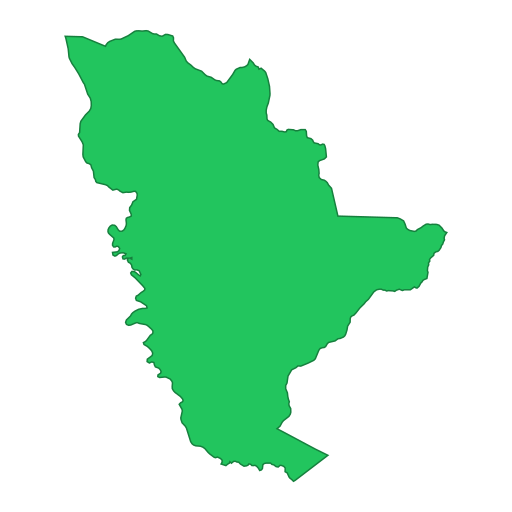 Sinop, Mato Grosso, Brazil
{"feature_id": "56859067B61328210802035", "entity_name": "Sinop", "entity_type": "district", "adm_level": 2, "iso_a3": "BRA", "parent_name": "Brazil", "parent_adm1": "Mato Grosso", "projection": "orthographic", "projection_center": [-55.512, -11.743], "detail": "fine", "context": "isolated", "style": "filled", "palette": "green", "viewbox_px": 512, "rotation_deg": 0, "n_neighbors": 0, "source": "geoboundaries", "source_scale": "gbopen_adm2", "svg_char_len": 6019}
<svg xmlns="http://www.w3.org/2000/svg" viewBox="0 0 512 512"><path d="M249.7,59.4L247.9,64.5L246.6,65.7L244.6,66.9L242.0,67.5L240.1,67.5L236.3,69.2L235.1,70.3L232.6,74.6L226.7,82.6L223.5,84.1L222.1,83.7L220.8,81.9L219.5,80.9L216.5,80.5L214.9,79.9L211.2,77.3L207.0,76.1L205.1,74.7L201.6,71.2L195.3,68.8L193.3,67.4L190.9,65.1L187.8,62.8L186.2,61.0L184.6,57.2L174.5,43.1L173.4,41.0L173.5,37.8L172.7,36.0L167.8,34.5L165.5,34.4L162.1,36.3L159.3,35.7L156.5,34.0L154.2,34.0L152.5,33.6L148.1,31.0L146.1,30.7L142.2,31.1L138.8,30.8L136.3,30.9L134.7,31.3L128.2,35.7L121.2,39.0L119.6,39.3L115.3,39.2L109.7,41.4L107.8,42.7L106.1,44.8L105.5,46.3L82.6,36.8L65.2,36.3L65.8,38.0L68.2,48.8L69.0,56.9L69.4,58.3L72.1,63.7L74.8,67.5L78.7,73.8L83.3,82.6L84.4,84.1L87.7,94.1L90.3,98.2L91.2,101.6L91.3,105.6L90.8,108.5L89.3,111.1L85.5,114.9L80.9,121.2L80.2,123.6L79.6,132.6L78.4,134.4L78.5,136.1L82.1,141.8L83.3,144.8L82.9,154.4L83.2,156.9L85.7,161.7L86.9,163.0L89.3,163.7L90.9,164.9L91.6,167.7L93.4,171.1L94.1,177.6L95.4,179.6L95.8,181.4L96.8,182.6L105.5,184.7L107.5,185.6L108.8,187.0L112.8,190.1L116.7,189.1L118.6,189.9L119.9,191.1L122.9,192.7L126.5,192.1L128.4,192.3L130.9,192.1L133.9,191.3L135.5,191.3L137.1,193.5L137.2,195.4L136.5,199.3L133.0,201.7L131.6,205.1L129.7,207.6L129.5,210.4L131.2,214.2L131.3,216.0L129.5,217.0L127.5,217.5L126.3,218.3L126.0,219.8L126.4,223.3L126.2,225.4L125.0,228.2L123.9,229.9L122.1,231.2L119.6,231.2L118.1,229.7L116.3,226.7L114.7,225.3L112.2,225.0L110.3,226.1L108.9,227.9L108.1,229.7L108.0,231.6L108.4,232.9L109.6,234.3L113.8,238.0L114.0,239.6L112.6,243.4L112.5,245.2L113.6,246.9L115.1,247.0L116.7,246.2L118.3,246.5L119.7,248.4L119.0,250.5L117.5,251.8L112.5,252.4L113.0,255.1L114.9,256.1L116.5,255.5L117.9,254.2L119.5,253.2L121.1,252.9L123.3,252.8L126.0,253.8L125.2,255.3L123.3,255.6L122.4,256.9L123.0,258.9L124.6,259.1L126.4,258.1L128.4,258.2L127.3,259.8L128.4,262.2L130.4,263.3L131.6,265.1L132.0,267.4L133.1,269.0L134.8,270.0L136.8,269.8L139.2,270.8L140.9,274.5L140.2,275.9L138.3,274.7L135.5,272.3L134.2,271.6L131.9,271.4L130.7,273.0L131.4,274.8L135.3,278.0L142.6,285.6L144.9,288.4L144.7,289.9L143.3,291.2L141.2,292.5L138.1,295.2L136.3,296.1L135.6,298.2L136.4,300.4L140.6,301.8L146.5,305.7L147.1,307.9L145.5,308.4L142.6,308.4L138.6,309.3L135.0,311.1L132.8,312.7L131.5,314.1L130.5,316.0L126.4,320.0L125.6,322.4L126.5,324.4L128.6,325.3L130.8,325.0L136.2,322.7L137.7,322.7L139.2,323.4L145.7,324.6L147.0,325.2L148.4,326.3L151.4,329.0L152.9,330.8L152.9,333.0L151.8,334.4L150.4,335.2L146.9,340.0L145.5,341.5L143.4,342.6L144.0,344.5L147.3,346.4L149.5,348.4L151.7,350.8L152.7,353.1L152.2,355.5L147.3,359.2L147.1,361.6L149.4,363.0L151.7,361.9L153.9,362.5L154.4,364.9L155.4,366.9L158.7,368.1L160.2,369.6L161.1,371.7L160.6,373.2L158.0,374.9L157.8,376.6L159.6,377.5L164.6,377.0L166.1,377.1L170.1,379.0L171.9,381.2L172.5,382.8L172.2,386.4L172.3,388.7L173.6,390.9L175.1,392.5L180.2,396.3L182.4,398.7L183.1,400.3L182.6,401.7L180.6,402.8L179.2,404.3L182.1,409.5L182.3,411.1L180.8,417.9L181.0,419.5L182.1,422.8L185.3,426.2L186.4,428.0L190.7,441.7L192.1,443.8L193.6,445.0L195.7,445.8L200.4,446.2L202.8,447.1L204.9,448.6L208.2,452.5L209.8,454.0L214.2,457.3L215.6,457.7L217.4,457.0L220.5,458.5L222.1,460.2L222.1,462.2L221.1,464.0L225.9,465.6L227.6,464.2L229.4,463.1L229.9,461.7L231.4,463.2L233.8,461.3L235.5,461.3L236.8,462.0L238.7,462.2L240.4,464.0L244.0,466.2L246.6,465.8L248.1,465.1L248.9,463.9L250.7,464.3L251.8,465.5L253.5,465.6L254.9,465.3L256.6,466.2L258.4,468.2L259.7,470.5L261.4,469.9L262.4,468.6L262.9,464.6L264.3,463.5L266.1,463.1L270.6,463.1L271.9,464.4L273.7,464.8L276.1,466.6L278.2,467.0L280.1,465.3L281.7,465.5L283.8,466.4L285.2,468.0L285.1,471.7L287.2,472.9L289.1,477.1L290.0,478.2L291.7,479.5L293.5,481.3L295.2,480.3L327.9,455.3L315.5,449.2L277.0,428.7L280.0,426.2L282.1,422.3L283.5,420.6L288.9,416.4L290.3,414.1L290.8,412.2L290.7,408.6L289.1,405.7L288.8,403.7L289.3,401.7L288.4,399.3L287.8,396.6L287.4,392.8L285.7,388.8L285.7,385.5L287.0,383.0L288.0,376.1L291.7,369.8L295.9,367.7L298.0,365.9L300.8,366.1L308.1,363.1L313.8,360.3L315.3,358.8L318.8,350.3L320.1,348.5L322.3,347.7L324.2,347.5L325.6,346.6L327.3,343.7L328.7,342.4L335.1,340.9L337.9,338.8L340.3,338.4L343.5,337.0L344.8,335.8L345.7,334.1L347.0,329.9L347.6,326.2L350.1,322.2L350.2,318.6L350.8,316.9L352.2,315.8L353.9,315.1L355.9,313.0L359.9,307.9L364.1,303.8L365.7,301.7L368.4,299.3L373.8,291.9L376.6,289.8L379.3,289.2L381.3,289.2L383.2,290.1L384.8,290.1L386.7,291.0L388.2,290.6L393.0,290.9L394.7,291.4L396.4,290.2L399.3,289.2L402.4,290.5L404.3,289.8L410.3,289.8L414.4,286.9L415.6,287.7L417.0,288.1L419.0,286.4L420.7,283.2L422.1,281.8L422.9,280.4L424.3,279.5L426.9,278.5L428.0,272.3L427.4,270.7L427.7,267.0L428.7,264.9L428.5,262.9L429.8,261.1L429.5,259.6L430.6,258.0L433.7,255.3L433.9,253.4L435.7,251.9L437.8,251.4L439.1,250.3L440.9,247.6L441.5,245.5L442.7,244.1L443.4,241.9L444.5,239.8L444.1,238.2L444.6,235.8L446.8,232.5L445.1,231.9L443.8,230.9L441.9,228.0L439.1,225.2L436.7,224.4L432.4,224.3L430.2,224.6L428.0,224.0L426.1,224.2L422.9,226.2L421.2,227.6L417.4,229.6L415.9,231.1L414.3,231.4L409.8,230.5L407.5,229.2L406.3,228.0L405.1,224.2L403.6,220.9L400.4,219.0L397.4,217.8L337.9,216.1L331.5,188.3L328.6,185.1L327.3,182.7L325.9,181.3L324.3,180.2L321.3,179.5L319.2,177.6L318.7,175.1L319.1,173.4L318.8,169.5L317.8,165.1L318.1,162.0L319.6,160.6L324.4,158.9L326.4,156.9L325.6,148.7L324.9,145.9L324.1,144.4L322.6,144.1L320.7,145.0L319.3,144.7L318.1,143.7L314.2,142.9L313.2,141.6L312.7,140.2L310.9,138.6L307.3,137.7L306.6,135.8L306.3,131.4L305.2,129.6L300.9,129.6L297.7,130.7L295.6,130.8L293.5,129.8L288.3,129.4L287.0,130.0L286.3,131.7L284.6,132.0L282.1,131.3L279.2,131.3L277.0,129.4L274.5,127.9L273.0,124.4L270.7,122.1L267.7,120.4L267.0,118.9L266.8,115.1L266.2,113.0L266.2,110.2L266.9,106.8L268.3,103.1L269.9,95.5L270.0,93.8L269.5,86.4L267.8,78.8L265.7,72.5L264.6,71.1L261.1,68.2L259.0,69.2L258.2,67.0L255.8,66.1L254.4,64.9L253.3,63.0L249.7,59.4ZM129.9,258.1L131.8,257.5L131.8,259.2L129.9,258.1Z" fill="#22c55e" stroke="#15803d" stroke-width="1.5"/></svg>